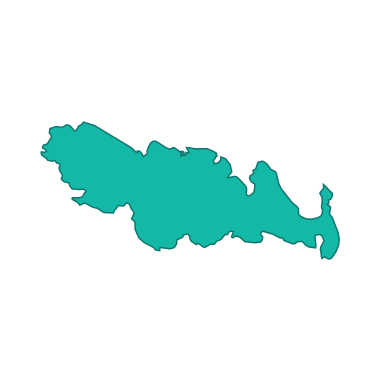 the Unitary District of Dumfries and Galloway, rotated 208°
{"feature_id": "GBR-2138", "entity_name": "Dumfries and Galloway", "entity_type": "Unitary District", "adm_level": 1, "iso_a3": "GBR", "parent_name": "United Kingdom", "parent_adm1": "", "projection": "equal_earth", "projection_center": [-4.095, 55.048], "detail": "fine", "context": "isolated", "style": "filled", "palette": "teal", "viewbox_px": 384, "rotation_deg": 208, "n_neighbors": 0, "source": "natural_earth", "source_scale": "10m", "svg_char_len": 4009}
<svg xmlns="http://www.w3.org/2000/svg" viewBox="0 0 384 384"><g transform="rotate(208 192 192)"><path d="M347.1,181.3L344.2,184.4L343.7,185.0L342.7,185.9L341.8,186.4L337.5,187.8L336.8,188.4L334.6,191.9L334.1,192.4L333.4,192.9L331.2,193.1L330.3,193.0L325.2,191.1L324.5,191.0L323.8,191.3L323.2,192.1L323.0,196.4L322.9,197.1L321.2,199.7L320.6,202.7L309.3,204.9L266.9,202.6L264.6,202.2L262.6,201.4L260.6,200.9L258.7,201.4L259.1,201.8L259.3,201.9L259.5,202.6L257.3,203.4L255.2,202.8L251.3,200.4L249.6,204.9L250.7,206.7L251.4,209.9L251.6,213.5L251.4,216.2L249.9,218.8L247.7,219.8L235.3,218.9L231.8,219.3L228.9,222.8L219.5,221.7L219.8,222.5L220.4,222.9L219.2,223.5L218.2,223.4L217.4,222.7L216.7,221.7L218.2,219.7L218.8,219.9L219.5,220.7L219.3,219.4L219.1,218.9L218.6,218.4L217.0,220.3L214.9,221.7L215.5,223.4L215.9,224.0L215.0,224.2L213.1,225.3L217.7,228.6L216.4,229.3L209.4,231.6L199.0,237.3L192.6,237.9L188.5,237.7L188.5,236.5L188.0,236.3L187.5,236.2L187.1,236.0L186.8,235.5L187.1,235.0L187.5,234.5L187.6,234.3L187.3,232.6L187.8,230.5L187.5,228.8L185.7,228.2L185.7,227.4L183.7,228.7L182.2,231.0L181.7,233.9L183.0,236.5L177.8,237.1L171.0,233.9L166.3,228.3L167.5,221.7L165.5,222.6L162.2,225.5L160.1,226.3L158.1,226.1L148.2,222.7L146.6,221.8L145.5,220.7L144.2,218.3L143.6,216.5L142.7,215.3L140.5,214.9L139.7,215.6L138.6,217.3L137.7,219.4L137.3,221.2L138.6,225.0L139.6,227.5L140.5,228.6L142.6,228.6L144.5,229.0L146.2,229.9L147.8,231.4L148.3,233.5L147.1,235.4L146.4,237.4L148.3,239.8L146.6,242.2L147.1,245.7L147.7,248.9L146.9,250.2L146.1,250.6L145.4,251.3L144.6,252.1L143.2,252.5L140.1,252.1L137.3,251.2L133.9,249.4L132.7,249.0L127.9,249.1L126.7,248.4L119.0,239.8L114.6,236.7L98.9,229.7L92.9,228.5L90.1,227.2L87.6,222.5L84.8,221.6L79.7,221.7L76.5,222.7L73.4,224.4L70.8,226.5L68.7,228.6L67.6,230.0L67.0,231.0L66.9,231.9L66.9,233.1L67.1,234.5L67.8,236.4L68.8,238.1L70.1,238.8L71.0,240.6L72.5,244.5L74.6,248.4L78.4,250.8L78.5,252.3L77.8,255.3L77.7,256.8L77.8,257.6L79.5,260.3L76.6,259.7L70.9,257.5L68.1,257.0L66.9,255.8L66.1,253.2L66.2,250.5L67.8,249.0L66.8,247.9L66.2,246.9L66.2,245.7L66.8,244.5L64.3,244.3L63.2,243.9L62.3,243.3L61.8,241.8L61.2,239.5L60.4,237.4L59.1,236.5L56.4,235.5L43.8,224.6L40.0,219.6L37.6,213.7L36.9,207.1L37.4,201.2L38.3,198.2L40.2,196.9L43.0,197.0L44.5,196.9L45.1,196.4L45.8,194.4L47.1,195.3L48.4,197.1L48.8,198.0L50.8,200.4L51.8,201.9L52.4,203.7L52.5,205.5L52.3,209.5L52.9,211.0L54.6,212.8L56.8,214.3L59.2,214.5L61.6,212.8L62.0,212.1L62.6,211.5L62.6,210.4L57.8,203.5L57.1,202.0L56.7,200.7L62.8,198.4L66.6,198.4L71.1,200.0L72.5,199.6L75.8,197.2L76.9,194.8L78.3,193.6L87.6,192.4L91.0,193.9L92.5,192.8L100.8,192.7L110.3,190.8L111.7,189.6L112.1,188.2L111.7,187.0L108.4,185.5L107.5,181.9L108.1,179.9L112.9,176.6L120.9,173.4L122.6,173.1L129.2,174.7L132.0,173.7L133.2,173.2L134.3,170.8L136.0,170.8L136.8,176.3L138.5,176.1L140.5,174.5L140.7,171.1L143.0,169.7L144.0,163.9L147.2,159.9L147.8,156.4L151.4,154.4L154.7,149.1L156.4,148.7L161.7,149.6L162.6,149.4L163.4,147.6L169.1,148.1L171.1,149.0L173.9,152.2L176.2,152.9L179.1,150.3L179.1,147.6L182.8,142.6L181.2,138.6L181.6,134.6L184.8,131.5L193.7,128.2L194.2,127.7L193.0,125.1L194.3,124.5L196.3,124.0L197.2,123.7L199.9,125.0L210.2,124.9L217.2,126.4L224.7,132.4L228.2,138.7L232.8,140.0L233.0,145.3L233.8,146.9L237.8,148.7L241.6,152.0L245.0,151.5L245.5,148.3L246.3,147.2L250.9,145.5L251.0,142.3L251.8,139.7L251.5,136.6L260.4,132.4L267.9,133.2L272.3,132.0L281.0,132.0L282.2,131.3L284.8,127.7L288.2,129.1L293.2,129.2L294.9,129.7L294.7,130.9L289.2,133.7L286.5,136.4L286.5,140.3L285.8,142.3L286.5,143.3L289.0,143.6L292.4,141.4L299.3,138.5L302.7,140.0L305.0,142.2L309.5,141.0L313.0,141.8L313.8,142.7L313.8,145.5L319.3,149.1L321.0,151.5L320.8,153.5L322.3,154.7L325.4,154.0L327.3,155.5L330.6,153.3L334.2,152.3L337.0,153.5L341.4,153.9L343.0,154.9L343.9,156.6L340.5,158.0L339.5,159.7L340.5,160.5L344.4,160.7L345.1,161.6L345.1,163.7L342.4,166.4L341.8,174.1L342.6,175.6L345.8,177.2L347.0,181.2L347.1,181.3Z" fill="#14b8a6" stroke="#0f766e" stroke-width="1.5"/></g></svg>